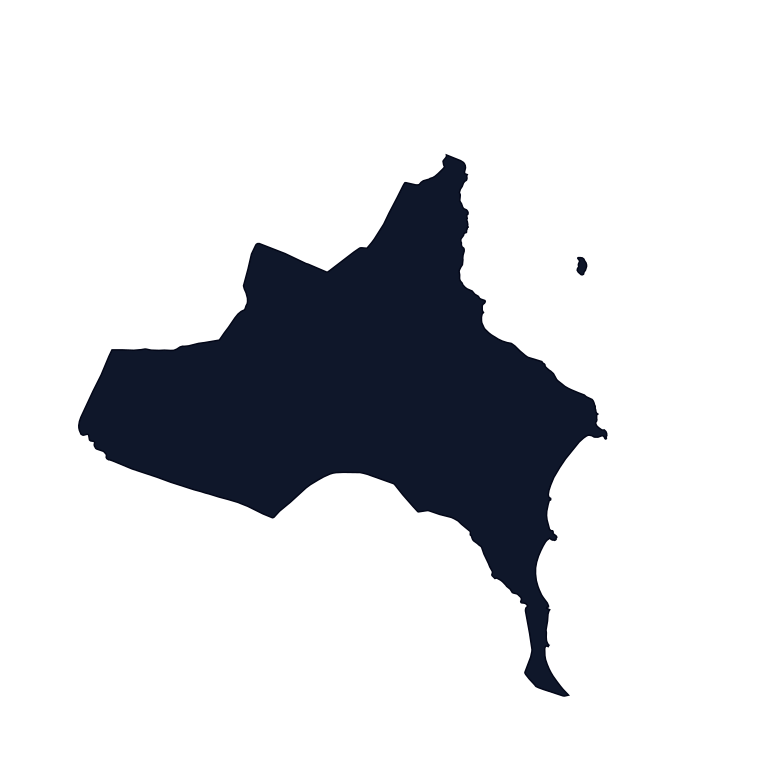 outline of Tuy Phong, Bình Thuận, Vietnam, rotated 289°
{"feature_id": "81297802B73162737965460", "entity_name": "Tuy Phong", "entity_type": "district", "adm_level": 2, "iso_a3": "VNM", "parent_name": "Vietnam", "parent_adm1": "Bình Thuận", "projection": "mercator", "projection_center": [108.691, 11.341], "detail": "fine", "context": "isolated", "style": "filled", "palette": "ink", "viewbox_px": 768, "rotation_deg": 289, "n_neighbors": 0, "source": "geoboundaries", "source_scale": "gbopen_adm2", "svg_char_len": 6172}
<svg xmlns="http://www.w3.org/2000/svg" viewBox="0 0 768 768"><g transform="rotate(289 384 384)"><path d="M149.9,659.8L153.6,652.7L155.8,649.1L159.1,644.2L162.8,639.0L165.5,635.8L168.3,632.9L172.0,629.6L176.0,626.5L179.5,624.6L185.6,622.3L186.9,622.0L188.2,622.1L189.1,622.6L189.3,622.9L189.1,623.6L189.2,624.8L190.2,624.8L190.7,625.0L190.7,624.7L192.1,623.0L193.8,621.5L194.9,620.9L197.5,619.8L201.7,618.5L204.1,617.3L213.1,615.8L219.8,614.0L222.9,613.8L224.5,614.2L224.9,610.8L225.8,610.7L226.8,612.1L227.7,611.8L230.1,609.7L234.0,604.0L235.8,601.7L239.9,597.8L242.8,595.4L247.6,592.1L249.4,591.2L253.8,589.1L259.5,587.2L265.3,586.3L271.7,586.1L277.4,586.5L282.8,587.2L287.2,588.1L289.3,588.9L292.1,590.8L292.1,591.1L291.4,592.8L291.3,594.2L291.7,595.1L291.6,596.0L292.2,596.8L293.1,597.3L294.1,596.9L295.2,597.3L295.9,596.9L296.5,596.0L297.6,592.6L298.9,592.2L299.6,591.8L300.1,591.2L299.7,589.6L300.5,587.8L308.6,582.4L312.6,580.5L316.8,579.3L323.8,578.4L327.4,578.2L328.3,578.6L328.5,579.2L329.3,579.2L330.1,578.8L330.4,577.3L331.3,576.2L333.0,575.3L337.1,574.6L342.6,574.5L350.9,575.0L362.1,577.3L372.3,580.0L392.7,587.4L397.8,590.2L400.7,592.3L401.9,593.5L402.5,594.9L402.8,597.6L402.3,599.7L402.4,600.5L403.4,603.6L405.9,606.7L406.2,607.3L406.2,608.2L405.8,609.2L404.4,610.6L404.1,611.3L404.2,611.7L405.1,612.0L406.5,611.1L407.6,611.5L409.8,610.6L411.3,609.3L412.2,607.4L412.3,607.0L411.8,606.5L411.6,605.8L411.6,604.5L412.4,601.8L413.4,599.2L415.1,597.3L416.6,596.7L418.3,597.1L419.6,596.9L420.4,596.4L423.8,595.2L424.4,595.2L424.9,596.0L425.3,595.9L425.4,594.9L426.5,593.6L428.9,592.3L429.5,591.7L431.9,590.9L432.1,590.4L434.8,588.5L436.1,587.3L437.1,585.8L437.8,579.4L438.8,577.0L439.0,570.6L439.5,563.0L439.9,559.6L440.6,555.9L443.7,547.2L444.5,545.7L448.9,540.9L450.4,537.5L450.8,535.8L452.1,532.5L453.0,530.8L454.8,529.7L455.3,528.7L455.3,527.8L456.6,525.9L456.1,511.5L456.3,510.5L457.1,507.9L459.5,501.8L462.6,495.3L463.7,491.6L463.8,491.0L463.2,486.8L463.1,481.9L463.6,477.4L465.4,469.5L466.5,466.3L468.7,461.6L469.7,460.3L473.5,456.7L475.3,455.7L478.6,454.5L480.2,454.2L482.8,454.0L483.1,454.1L483.5,454.7L484.1,454.8L484.7,453.7L486.0,452.8L489.1,451.7L490.5,451.4L491.6,451.7L493.0,452.6L493.9,452.9L495.3,452.8L495.8,452.1L495.8,448.1L496.1,446.5L497.6,444.7L498.5,440.5L500.6,437.1L501.0,431.7L501.7,429.4L503.3,426.4L504.9,425.0L506.2,422.8L507.1,421.9L508.4,421.1L511.9,420.0L514.8,418.4L516.2,418.2L519.5,418.6L522.3,419.3L527.1,418.2L528.6,417.5L531.6,416.8L535.4,416.6L536.5,416.3L537.5,415.9L538.3,415.3L539.1,413.2L539.5,412.7L541.1,411.7L542.6,411.3L543.5,410.5L545.3,409.6L546.8,409.7L550.3,410.8L551.7,410.7L552.8,410.9L553.9,412.4L554.3,412.6L557.3,411.8L557.8,411.9L557.9,412.2L558.6,411.9L559.3,411.9L559.6,412.5L559.8,412.5L561.0,411.4L562.1,411.3L564.7,409.9L566.2,408.6L567.5,408.9L569.5,407.7L570.7,407.4L571.1,407.4L571.6,408.0L572.1,408.1L573.7,407.6L574.7,406.6L575.5,405.3L575.7,402.6L576.2,401.6L577.1,400.6L579.8,398.5L581.1,396.8L582.2,395.9L587.2,394.7L587.9,394.4L589.6,392.9L593.1,392.8L596.3,393.6L599.9,393.7L601.8,394.3L603.5,395.6L605.0,395.6L605.8,395.4L607.8,394.4L609.1,394.6L609.1,392.3L609.4,391.8L610.6,391.1L614.9,390.7L617.0,389.7L618.2,388.6L619.3,387.1L620.1,383.8L620.9,368.4L620.1,368.8L618.6,368.9L614.6,367.4L613.8,367.3L610.7,369.0L608.9,370.6L606.2,369.5L600.4,366.6L597.0,364.6L595.1,363.0L593.3,360.6L592.4,360.0L588.9,355.0L586.7,353.4L584.3,352.5L583.9,352.2L583.1,350.8L582.6,349.2L581.5,339.2L581.2,338.4L580.8,338.1L577.8,337.5L564.3,335.7L547.1,333.1L535.0,331.7L517.7,327.6L513.6,326.3L507.1,323.8L506.7,323.3L505.5,318.5L504.9,317.1L504.0,316.3L499.0,312.6L473.2,295.5L471.1,293.9L472.6,273.4L472.5,271.0L475.1,248.0L476.2,220.3L475.5,218.6L474.5,217.8L473.5,217.5L463.8,216.4L448.4,218.0L431.1,219.2L428.4,221.0L425.3,223.9L420.8,226.9L417.7,228.1L415.6,228.5L412.9,228.1L410.2,228.2L408.6,227.9L406.2,225.4L402.6,223.2L397.9,221.5L386.9,218.5L380.8,216.5L371.9,214.0L364.8,201.0L362.0,195.4L356.4,186.8L354.8,183.3L354.1,181.2L352.6,179.1L349.4,176.6L347.4,174.3L346.3,171.5L344.5,165.3L342.5,160.3L340.2,152.8L339.6,148.0L339.3,146.7L337.4,143.2L334.4,136.4L331.2,125.9L327.7,115.7L320.6,114.9L300.4,113.6L282.5,111.2L253.9,108.2L249.5,108.2L245.4,108.9L243.1,109.8L241.0,111.1L237.9,113.9L237.6,115.7L237.8,116.6L240.0,119.9L239.8,121.0L239.3,121.5L235.3,123.7L235.0,124.2L234.7,125.2L235.2,128.0L235.2,128.7L234.9,129.2L234.6,129.4L232.1,129.8L231.1,130.4L229.3,132.4L229.0,133.5L229.0,140.7L228.4,142.0L227.0,144.3L226.1,144.8L224.2,145.2L223.2,146.2L222.7,148.3L223.0,149.3L223.0,152.2L221.7,173.4L222.0,199.6L221.7,214.1L222.2,238.9L222.7,246.0L222.8,250.6L223.1,254.3L223.4,264.4L224.1,274.4L224.5,283.9L224.0,294.9L221.8,311.8L221.2,322.0L221.4,322.5L222.3,323.4L229.7,326.6L242.0,334.1L260.4,344.1L264.8,347.1L272.0,353.1L276.5,357.1L281.2,362.1L283.1,364.7L284.6,367.5L287.3,374.4L292.5,390.2L292.9,393.4L293.2,397.4L292.9,425.4L292.6,426.5L285.4,437.8L277.6,451.4L274.3,457.5L274.3,458.2L277.9,465.1L278.7,466.8L278.8,468.4L278.8,479.0L279.8,491.1L279.5,494.2L278.7,498.5L276.6,503.0L272.6,513.7L269.4,514.7L268.9,516.0L266.4,517.9L265.6,518.7L264.9,519.8L263.6,524.1L262.6,526.4L262.0,528.7L261.1,529.7L255.8,533.8L248.3,541.2L245.5,543.6L242.1,547.4L241.1,547.9L238.6,548.1L238.0,548.6L236.2,552.2L237.1,553.4L237.1,554.5L236.5,558.1L235.7,560.4L233.6,564.5L232.6,565.9L231.1,570.1L228.6,573.2L228.5,574.4L228.8,577.6L228.7,578.8L226.9,582.7L225.9,583.7L224.8,584.1L222.7,584.1L222.0,584.7L221.9,585.5L222.4,587.6L222.5,589.4L221.2,591.9L220.6,592.2L218.7,591.2L218.1,591.1L216.5,591.3L215.4,591.7L195.5,602.9L181.1,610.4L179.3,610.9L173.6,611.6L157.4,611.1L156.7,611.3L155.6,612.4L152.5,617.2L148.4,624.8L147.9,625.4L147.5,626.2L147.2,629.0L147.1,634.3L147.4,654.9L147.8,656.4L149.9,659.8ZM567.4,528.4L566.8,526.6L566.5,526.3L566.1,526.2L565.8,526.4L564.5,528.4L563.8,529.0L560.6,528.8L559.6,529.1L558.9,529.7L558.4,529.9L556.1,529.4L554.5,529.6L553.0,531.3L552.5,532.5L551.6,534.7L551.7,535.8L552.7,536.9L555.0,536.7L557.1,537.4L561.0,537.3L562.5,536.8L564.3,535.6L565.8,533.6L567.2,532.3L567.8,530.5L567.4,528.4Z" fill="#0f172a" stroke="#020617" stroke-width="1.5"/></g></svg>